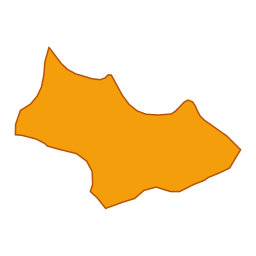 the Municipality of Bijelo Polje
{"feature_id": "MNE-1510", "entity_name": "Bijelo Polje", "entity_type": "Municipality", "adm_level": 1, "iso_a3": "MNE", "parent_name": "Montenegro", "parent_adm1": "", "projection": "orthographic", "projection_center": [19.735, 43.063], "detail": "fine", "context": "isolated", "style": "filled", "palette": "amber", "viewbox_px": 256, "rotation_deg": 0, "n_neighbors": 0, "source": "natural_earth", "source_scale": "10m", "svg_char_len": 798}
<svg xmlns="http://www.w3.org/2000/svg" viewBox="0 0 256 256"><path d="M48.9,47.6L49.7,48.3L61.3,63.6L67.8,69.6L75.5,73.8L92.2,78.8L100.4,79.7L105.1,77.9L108.2,74.8L111.3,75.1L122.3,95.3L129.2,104.5L137.0,110.8L145.8,114.2L158.3,115.0L171.1,114.0L175.4,111.2L184.2,102.1L187.8,100.1L192.5,101.8L195.3,105.9L197.5,111.2L200.3,116.2L204.1,120.0L226.8,136.0L239.9,149.0L240.6,149.7L229.6,168.0L219.9,172.7L208.2,177.5L204.8,180.1L193.7,184.5L179.6,191.6L170.6,191.6L156.0,187.1L144.0,190.4L134.6,198.5L122.6,202.2L105.6,208.4L96.9,197.5L90.3,191.5L92.6,184.6L92.2,171.6L86.7,161.2L76.5,153.6L59.3,149.4L47.5,146.1L44.8,143.6L36.1,139.0L21.7,135.3L15.4,134.8L15.6,124.4L20.4,110.4L30.7,104.0L37.3,95.9L41.5,86.9L43.8,75.3L44.9,61.9L48.9,47.6Z" fill="#f59e0b" stroke="#b45309" stroke-width="1.5"/></svg>